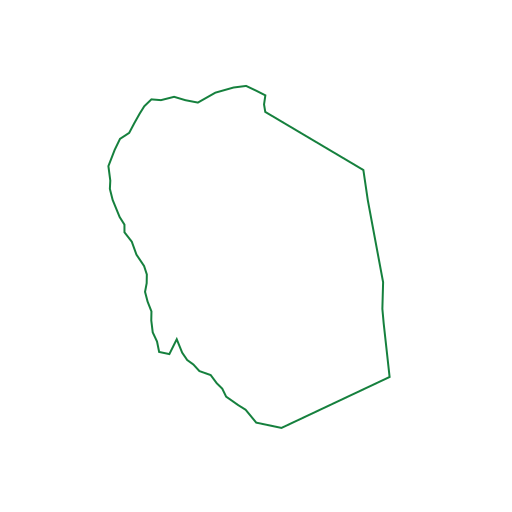 outline of Serrinha dos Pintos, Rio Grande do Norte, Brazil, rotated 122°
{"feature_id": "56859067B3628897818784", "entity_name": "Serrinha dos Pintos", "entity_type": "district", "adm_level": 2, "iso_a3": "BRA", "parent_name": "Brazil", "parent_adm1": "Rio Grande do Norte", "projection": "orthographic", "projection_center": [-37.983, -6.143], "detail": "fine", "context": "isolated", "style": "outline", "palette": "green", "viewbox_px": 512, "rotation_deg": 122, "n_neighbors": 0, "source": "geoboundaries", "source_scale": "gbopen_adm2", "svg_char_len": 861}
<svg xmlns="http://www.w3.org/2000/svg" viewBox="0 0 512 512"><g transform="rotate(122 256 256)"><path d="M375.5,303.1L381.0,294.6L388.7,287.3L385.1,277.5L368.6,279.1L377.1,267.4L380.7,259.2L381.2,251.6L383.6,243.0L381.0,231.3L384.7,221.9L386.4,214.3L391.1,206.8L391.9,192.0L391.9,183.3L397.2,167.5L388.3,143.3L287.8,78.6L245.5,112.0L233.9,120.8L210.9,134.3L149.5,190.7L126.2,210.5L128.9,324.5L123.2,329.5L114.8,333.2L115.7,343.3L117.0,354.5L125.0,364.3L139.0,377.0L156.7,386.6L161.3,398.5L164.4,409.8L174.2,419.2L178.6,427.7L188.2,430.1L196.8,430.1L207.7,429.6L218.8,428.8L228.7,433.4L240.8,432.1L258.0,428.8L269.3,419.5L276.5,415.5L284.4,407.3L295.2,392.3L299.1,384.2L305.6,380.1L309.7,368.9L318.2,358.1L323.8,345.6L329.5,338.8L337.0,334.3L345.2,331.1L352.1,323.8L358.4,315.3L366.1,310.7L375.5,303.1Z" fill="none" stroke="#15803d" stroke-width="2"/></g></svg>